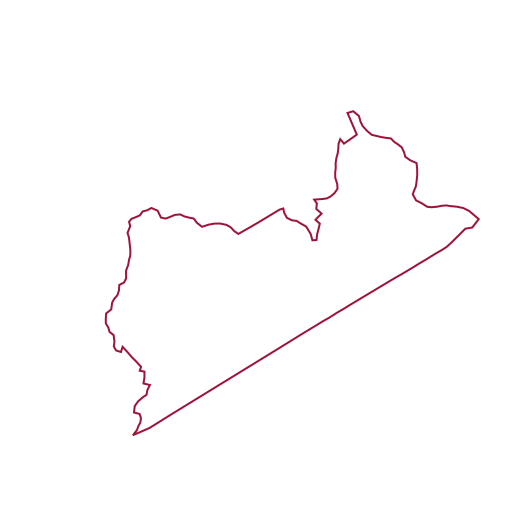 Siderópolis, Santa Catarina, Brazil (Albers equal-area conic projection), rotated 325°
{"feature_id": "56859067B27170583635487", "entity_name": "Siderópolis", "entity_type": "district", "adm_level": 2, "iso_a3": "BRA", "parent_name": "Brazil", "parent_adm1": "Santa Catarina", "projection": "albers", "projection_center": [-49.514, -28.569], "detail": "fine", "context": "isolated", "style": "outline", "palette": "rose", "viewbox_px": 512, "rotation_deg": 325, "n_neighbors": 0, "source": "geoboundaries", "source_scale": "gbopen_adm2", "svg_char_len": 2196}
<svg xmlns="http://www.w3.org/2000/svg" viewBox="0 0 512 512"><g transform="rotate(325 256 256)"><path d="M52.4,332.2L70.2,335.8L95.3,337.1L221.4,344.7L246.9,346.1L274.4,347.9L280.3,348.5L289.7,348.9L298.0,349.6L304.0,349.9L352.2,353.3L359.6,353.9L364.7,354.4L376.9,355.3L385.7,355.8L391.8,356.3L402.5,356.9L412.3,357.7L417.3,357.9L423.1,357.2L443.2,353.7L449.4,356.7L455.3,354.9L459.6,353.5L458.0,347.4L456.4,341.3L453.3,335.6L448.8,330.8L443.8,326.6L441.0,323.8L437.0,321.4L432.8,319.6L427.7,316.7L424.5,313.9L422.3,308.5L419.0,302.2L419.8,295.4L423.0,293.1L426.6,290.9L429.7,287.7L434.4,282.3L437.9,277.2L440.8,272.0L437.2,266.0L435.2,260.3L436.8,255.9L437.7,250.6L436.3,246.0L434.7,241.9L433.9,237.0L430.4,233.9L427.1,230.7L423.6,226.8L420.3,223.1L418.7,217.1L417.9,210.7L418.7,205.8L420.6,200.4L418.7,193.2L413.0,191.3L408.2,214.4L392.5,214.4L392.0,208.6L388.0,211.4L384.7,215.6L381.9,218.7L378.0,221.9L374.5,225.6L371.8,229.6L368.3,233.6L365.7,237.6L363.8,243.7L361.3,247.7L356.4,249.5L351.7,250.0L347.2,249.5L343.6,247.7L336.0,243.2L336.0,247.9L332.4,252.0L334.0,258.9L329.7,259.6L325.5,260.5L326.8,266.1L323.1,269.4L318.6,273.2L314.7,277.6L311.2,275.5L313.4,269.4L314.0,260.7L311.2,254.9L309.4,250.5L305.9,247.4L303.2,242.5L303.9,236.8L305.6,232.7L301.8,231.5L276.4,229.8L254.2,227.8L252.4,223.0L251.8,218.1L249.6,213.5L245.1,208.7L240.3,205.5L235.3,203.2L228.5,201.1L226.6,194.7L226.5,189.6L223.6,186.6L220.1,182.6L217.7,178.4L213.1,175.8L207.6,174.6L203.4,173.5L200.2,170.0L201.4,162.5L197.9,156.7L193.0,156.1L188.7,154.5L184.1,156.1L179.2,155.1L175.3,154.1L171.6,155.2L170.1,159.4L164.0,163.4L162.5,168.1L160.2,172.3L156.6,178.9L153.3,183.5L149.8,186.3L146.1,190.1L141.2,193.4L136.8,199.8L132.8,202.0L127.4,201.3L124.0,205.6L120.0,208.6L115.2,209.8L111.4,211.7L106.8,216.7L100.3,217.1L97.0,221.2L94.3,225.1L94.0,229.9L92.5,234.2L94.0,239.1L91.1,244.7L87.7,248.5L87.2,253.1L90.3,257.2L94.6,253.9L95.6,260.9L96.2,267.4L97.3,273.5L98.3,280.8L95.0,283.3L98.3,286.8L94.8,291.7L90.7,295.9L95.1,300.8L90.0,303.6L86.7,306.9L82.1,306.8L76.3,307.4L70.7,309.3L66.3,314.2L70.0,318.6L68.8,322.8L65.7,326.1L62.2,327.8L58.7,330.3L52.4,332.2Z" fill="none" stroke="#9f1239" stroke-width="2"/></g></svg>